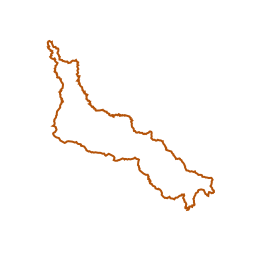 outline of El Carmen, Norte de Santander, Colombia, rotated 285°
{"feature_id": "7082276B17655587109293", "entity_name": "El Carmen", "entity_type": "district", "adm_level": 2, "iso_a3": "COL", "parent_name": "Colombia", "parent_adm1": "Norte de Santander", "projection": "albers", "projection_center": [-73.319, 8.847], "detail": "fine", "context": "isolated", "style": "outline", "palette": "amber", "viewbox_px": 256, "rotation_deg": 285, "n_neighbors": 0, "source": "geoboundaries", "source_scale": "gbopen_adm2", "svg_char_len": 5772}
<svg xmlns="http://www.w3.org/2000/svg" viewBox="0 0 256 256"><g transform="rotate(285 128 128)"><path d="M83.2,223.1L84.9,222.8L87.1,222.9L87.2,223.7L86.7,225.8L87.1,226.1L87.2,226.7L87.6,226.6L88.4,227.6L89.8,227.1L90.4,225.4L91.7,224.9L93.3,222.7L94.7,223.2L97.2,223.0L98.1,222.6L99.9,223.1L101.2,221.8L101.4,221.2L100.6,219.1L100.6,216.8L100.3,215.9L100.6,214.5L100.1,212.5L101.5,211.6L101.6,210.6L100.9,208.1L101.7,207.1L102.3,204.7L103.4,203.9L102.5,202.8L102.7,200.6L101.9,199.2L102.4,197.2L102.2,195.4L104.7,193.3L105.8,193.1L106.2,192.5L107.4,191.8L108.8,190.2L109.5,188.9L110.7,188.0L111.1,186.5L111.7,186.2L111.9,185.5L110.8,183.6L111.0,182.8L110.6,182.3L111.5,181.7L113.4,179.4L113.4,179.0L114.4,178.6L115.0,177.3L116.5,176.0L116.7,170.8L117.4,170.7L117.5,170.1L118.3,170.0L119.1,169.3L119.2,169.5L121.3,167.4L121.8,166.5L123.2,165.3L124.2,165.0L124.0,164.4L124.5,162.9L124.2,161.7L124.3,159.7L123.4,159.1L123.0,158.3L123.5,156.6L123.0,155.2L124.0,153.5L124.4,153.0L125.9,153.1L127.7,152.3L129.3,152.2L130.3,151.5L130.4,150.3L130.1,149.7L128.9,149.2L127.6,147.5L126.8,147.0L126.9,145.7L126.3,145.2L126.2,144.7L126.4,143.8L127.0,143.2L126.4,140.6L126.9,139.7L125.8,137.9L125.8,136.9L126.9,135.7L126.7,134.5L128.9,133.6L130.1,131.6L132.1,130.7L133.4,130.6L134.8,129.4L136.3,130.2L136.5,129.6L137.1,129.4L136.8,128.9L137.5,128.0L138.5,128.0L139.0,126.7L139.5,126.4L139.6,121.9L139.1,121.7L139.4,121.0L138.8,119.8L139.0,119.2L138.4,118.8L138.6,117.3L137.8,117.3L137.6,116.8L138.1,116.2L138.6,116.4L139.0,115.5L137.6,114.5L137.8,112.9L136.8,112.0L136.7,111.1L135.1,111.2L135.3,110.2L136.1,110.3L136.5,109.5L135.4,107.8L135.9,106.3L136.9,106.2L137.2,103.8L138.2,103.2L137.9,101.7L138.5,100.8L138.4,99.7L139.1,99.0L137.7,96.3L136.5,92.6L136.7,92.1L137.7,91.8L138.1,91.0L137.9,90.3L138.6,90.0L138.7,89.4L139.6,88.8L139.6,88.5L139.0,88.1L139.1,87.6L140.2,86.5L141.1,84.3L141.5,84.8L141.5,85.4L142.0,85.3L142.4,84.6L143.5,84.6L143.4,84.2L143.7,83.6L144.2,83.4L144.0,82.0L144.9,81.4L145.4,80.2L146.2,80.3L148.9,79.2L149.0,80.1L149.6,80.2L150.1,77.2L150.7,77.3L151.9,76.8L151.3,75.9L152.1,75.4L152.8,74.2L153.5,74.2L153.9,73.7L155.5,73.1L155.9,71.9L156.7,70.6L158.1,70.0L158.0,69.1L159.2,69.3L159.8,68.8L160.0,68.1L161.1,68.2L160.7,66.8L162.7,67.6L164.0,67.3L164.2,67.7L165.5,67.7L165.1,66.0L165.7,65.7L166.7,64.6L167.8,65.4L168.5,65.5L170.6,64.2L172.1,64.8L174.1,63.1L174.9,63.1L175.8,63.7L176.2,62.7L177.3,62.5L178.0,63.0L178.5,62.9L179.0,61.3L180.2,60.2L179.1,59.4L178.8,57.2L177.6,56.1L176.4,55.7L175.3,53.5L175.9,53.1L176.5,52.2L176.1,51.6L176.2,51.1L175.8,50.2L176.1,48.5L175.8,47.9L176.1,47.1L176.6,46.8L176.4,44.1L178.1,43.6L179.1,43.7L179.5,42.8L180.4,42.4L182.1,40.4L183.0,40.4L183.7,40.8L185.6,40.5L186.6,40.0L186.7,39.4L186.2,38.2L187.6,37.0L186.9,35.5L187.0,35.0L190.2,32.5L191.3,32.2L190.9,31.8L191.7,29.6L191.0,28.7L189.8,28.4L187.6,29.3L186.3,30.9L185.8,30.7L185.4,29.7L184.3,30.5L183.2,33.2L182.5,33.4L182.9,34.5L182.8,34.9L182.1,34.8L181.2,35.7L180.6,35.6L180.5,35.2L179.7,34.7L178.4,34.8L178.1,35.4L176.6,34.4L175.7,35.6L175.3,37.2L175.4,38.4L176.2,39.1L175.2,40.1L174.3,39.8L173.4,40.8L172.5,43.1L170.4,42.7L169.1,41.8L168.4,42.3L167.3,42.3L166.4,41.8L165.3,42.7L163.5,42.4L163.3,42.7L163.5,43.2L163.0,43.5L162.9,44.6L162.3,44.8L162.0,45.3L161.3,45.3L161.0,45.8L160.5,45.8L159.5,46.6L158.6,46.5L158.5,47.4L159.0,48.6L157.4,50.0L157.6,50.6L156.5,50.7L154.5,52.6L154.3,53.3L153.1,54.0L149.7,54.5L148.4,53.6L147.5,53.4L147.2,53.7L146.8,53.0L146.4,53.1L146.5,53.5L146.1,53.7L145.0,52.6L144.8,53.2L143.2,53.5L142.6,54.3L141.4,54.3L140.2,54.9L139.3,56.5L138.6,56.2L137.7,57.6L136.8,58.2L136.5,57.2L135.8,57.7L135.3,57.2L134.3,57.4L133.3,56.8L131.8,56.7L130.2,57.2L125.7,55.2L123.1,55.5L122.2,55.9L121.2,55.4L120.0,55.7L119.3,55.6L117.1,54.7L116.5,55.0L115.5,54.8L114.2,55.7L113.0,56.1L111.5,55.8L110.6,55.0L110.7,56.3L110.0,58.2L108.9,58.5L108.3,59.3L107.7,59.4L105.2,58.6L104.0,57.3L103.3,57.1L102.5,57.5L101.2,59.0L100.4,61.2L100.4,63.9L98.4,65.9L97.2,70.7L97.8,71.5L99.0,72.3L99.8,73.7L100.4,77.7L100.2,80.5L101.1,81.8L100.1,82.9L99.7,84.0L100.1,86.4L99.6,87.0L98.8,87.1L98.6,87.5L98.9,87.9L98.7,90.6L96.3,93.4L95.7,93.6L95.1,96.1L95.6,96.8L95.0,99.2L95.5,99.9L95.4,101.4L96.1,102.8L96.3,105.5L96.9,107.9L96.6,110.1L97.1,111.6L95.8,112.9L95.5,113.8L98.1,116.1L97.0,121.1L96.5,122.0L95.7,122.7L93.3,122.5L93.1,124.3L93.7,126.3L94.5,126.9L94.6,127.6L97.2,130.7L97.1,132.3L96.7,132.8L97.4,133.3L97.6,134.4L97.4,135.6L98.2,136.6L98.3,138.4L100.0,141.5L101.1,142.2L101.2,142.7L100.3,144.1L100.5,146.1L100.2,146.8L98.2,146.7L94.8,147.2L94.0,148.4L92.9,148.7L92.0,149.6L91.6,149.4L90.8,149.7L89.9,150.7L88.0,154.8L87.4,157.4L87.9,159.2L86.5,160.4L86.2,160.1L85.6,160.2L84.7,161.2L84.5,160.6L83.9,160.7L83.9,161.4L83.2,162.0L83.3,162.4L83.1,162.9L82.8,162.8L82.9,163.1L82.3,163.5L81.8,163.1L81.2,163.5L81.0,163.2L80.5,163.4L80.5,163.8L80.0,164.2L80.1,165.4L79.5,165.8L78.5,167.3L78.5,168.7L78.2,169.4L76.8,170.2L76.6,172.9L77.2,173.2L76.8,174.7L75.8,176.2L73.9,177.7L72.2,177.8L70.7,180.0L70.0,181.7L70.3,182.0L70.3,183.4L70.7,183.9L70.5,184.2L72.3,185.9L71.1,187.2L71.4,189.7L71.1,191.2L73.0,192.0L73.6,193.8L75.8,195.3L76.6,197.0L77.6,197.1L77.8,197.7L77.6,198.1L78.3,199.2L77.3,199.8L75.4,199.3L74.5,199.4L73.9,200.3L72.8,200.9L72.8,201.2L71.3,201.8L71.0,202.9L69.5,204.1L68.7,203.9L67.3,204.3L66.6,203.9L66.5,204.2L64.7,204.2L65.3,204.5L66.3,206.2L65.0,206.7L64.3,206.6L64.7,207.5L65.2,207.7L66.6,207.9L67.2,207.5L68.0,207.6L68.5,208.8L68.4,210.3L69.9,210.1L70.2,211.6L71.0,212.1L71.4,211.6L72.3,211.6L73.0,211.0L75.0,210.5L76.5,209.5L77.1,209.9L78.7,209.8L80.7,210.4L82.1,210.3L83.0,210.7L83.7,211.7L84.5,212.2L85.6,211.9L86.3,212.2L87.6,214.5L87.7,217.2L84.3,220.0L84.2,221.3L83.4,221.8L83.2,223.1Z" fill="none" stroke="#b45309" stroke-width="2"/></g></svg>